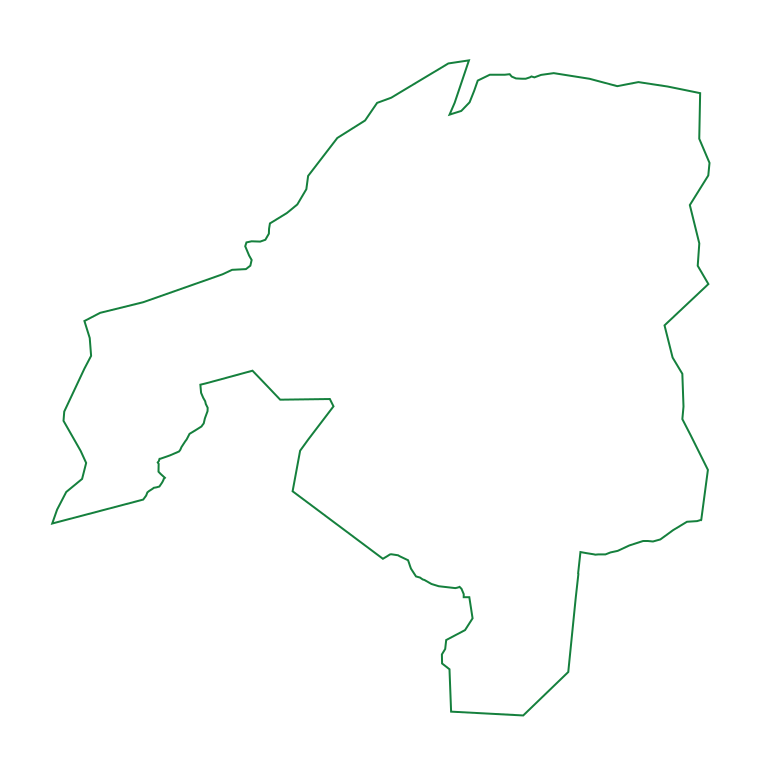 the district of Djenne, Mopti, Mali, rotated 182°
{"feature_id": "8926073B86660589431001", "entity_name": "Djenne", "entity_type": "district", "adm_level": 2, "iso_a3": "MLI", "parent_name": "Mali", "parent_adm1": "Mopti", "projection": "albers", "projection_center": [-4.481, 14.012], "detail": "fine", "context": "isolated", "style": "outline", "palette": "green", "viewbox_px": 768, "rotation_deg": 182, "n_neighbors": 0, "source": "geoboundaries", "source_scale": "gbopen_adm2", "svg_char_len": 2411}
<svg xmlns="http://www.w3.org/2000/svg" viewBox="0 0 768 768"><g transform="rotate(182 384 384)"><path d="M710.7,233.0L620.6,260.1L617.8,264.2L616.7,267.4L615.1,268.8L611.5,271.3L610.5,272.2L607.7,272.8L604.9,273.7L602.3,277.8L601.2,280.1L600.9,281.3L599.7,282.6L603.0,285.4L604.4,286.6L606.3,288.5L606.4,294.7L606.4,296.3L607.4,297.7L606.4,299.0L605.7,301.4L604.9,301.5L598.4,304.0L595.4,305.2L586.5,309.4L585.3,311.1L584.2,313.9L580.7,319.7L579.3,321.7L576.6,327.4L569.6,332.0L564.9,335.2L564.3,336.2L562.8,338.3L561.8,343.4L559.4,350.7L559.4,354.1L561.4,357.8L562.1,360.5L564.2,363.9L566.5,368.8L567.5,376.9L562.1,378.4L515.9,392.7L502.0,379.2L487.2,364.7L437.6,367.1L433.7,359.9L457.7,326.0L465.5,314.4L471.6,273.6L379.0,209.3L374.8,212.0L372.2,213.8L371.0,214.1L370.0,214.0L369.9,214.0L363.9,213.3L363.4,213.0L362.3,212.4L353.8,208.7L352.4,205.1L351.8,203.4L350.6,200.4L345.3,192.8L341.2,191.8L339.6,190.7L338.2,189.9L336.8,189.6L335.5,188.9L329.6,185.8L322.2,183.8L305.6,182.5L304.0,182.9L302.2,183.5L301.4,183.9L299.4,182.0L297.0,176.8L296.9,173.7L291.3,173.9L287.3,152.9L294.4,140.9L312.9,130.3L313.6,121.3L316.7,115.8L316.2,106.7L308.6,101.2L305.5,58.9L233.3,57.6L189.8,102.6L184.9,177.3L183.1,201.0L183.4,201.4L181.8,222.9L175.6,222.0L168.3,221.1L166.9,220.8L163.8,221.2L156.8,221.4L151.7,223.6L144.6,225.4L133.2,231.2L119.7,236.1L114.8,236.3L109.7,236.0L102.4,238.3L89.9,248.1L76.4,256.9L66.3,257.9L62.6,259.2L62.3,259.1L62.2,259.3L57.3,309.5L75.8,343.6L84.6,359.3L83.9,371.9L86.2,404.6L96.5,420.5L105.7,452.4L63.3,495.2L74.6,513.1L73.8,535.5L84.6,573.5L67.2,603.7L66.4,616.3L77.5,640.1L78.2,685.7L94.8,688.5L111.0,691.2L140.3,694.6L161.3,689.8L189.2,696.2L225.2,700.6L237.8,698.4L244.4,695.7L247.4,696.5L248.8,695.6L253.1,694.0L257.9,693.9L262.8,694.0L267.1,695.7L269.2,698.0L274.0,697.3L289.0,696.8L300.9,690.5L304.1,680.2L308.3,668.5L316.3,659.6L327.9,655.5L323.2,667.5L310.4,710.4L330.9,706.6L378.1,676.0L386.7,670.4L400.7,664.7L412.1,646.7L439.2,628.3L467.1,589.3L468.4,576.0L476.9,560.4L487.0,551.5L503.6,540.5L504.3,535.0L504.3,530.2L507.6,524.0L512.7,522.0L521.3,522.0L526.4,520.7L527.5,516.8L523.3,507.7L520.6,503.3L521.7,497.6L526.0,494.0L539.8,492.8L549.2,488.0L627.6,457.3L670.2,445.2L685.6,436.5L679.7,419.7L677.7,401.9L683.9,389.0L702.6,345.3L703.0,336.0L684.8,306.5L678.9,294.7L682.4,278.6L697.8,265.0L706.3,247.1L710.7,233.0Z" fill="none" stroke="#15803d" stroke-width="2"/></g></svg>